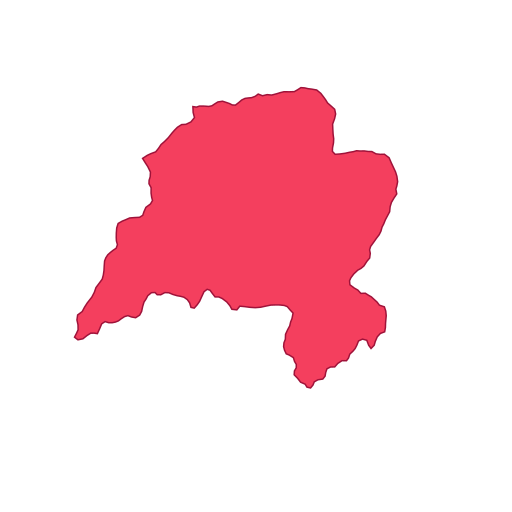 the district of Padre Paraíso, Minas Gerais, Brazil, rotated 35°
{"feature_id": "56859067B96188425164132", "entity_name": "Padre Paraíso", "entity_type": "district", "adm_level": 2, "iso_a3": "BRA", "parent_name": "Brazil", "parent_adm1": "Minas Gerais", "projection": "natural_earth1", "projection_center": [-41.547, -17.06], "detail": "fine", "context": "isolated", "style": "filled", "palette": "rose", "viewbox_px": 512, "rotation_deg": 35, "n_neighbors": 0, "source": "geoboundaries", "source_scale": "gbopen_adm2", "svg_char_len": 3609}
<svg xmlns="http://www.w3.org/2000/svg" viewBox="0 0 512 512"><g transform="rotate(35 256 256)"><path d="M118.6,169.8L122.2,174.5L126.2,177.9L125.8,183.5L123.1,188.3L119.7,191.0L117.8,195.6L117.1,199.7L116.7,203.2L116.3,209.5L115.4,214.7L114.3,219.1L114.4,223.6L114.1,228.2L111.2,232.4L109.2,235.9L107.1,241.1L112.0,243.2L116.0,244.8L121.4,247.8L123.9,251.8L125.0,255.3L126.9,258.2L130.9,260.2L134.0,264.7L136.8,267.7L139.4,269.9L139.7,273.9L137.9,279.3L138.9,284.3L139.9,287.6L138.4,291.1L134.3,294.3L130.7,297.3L128.4,301.1L126.4,304.2L124.4,308.4L125.8,312.9L128.4,317.3L130.9,321.0L133.0,323.7L136.0,326.2L137.0,329.8L135.7,333.2L134.7,336.5L133.9,340.0L134.0,343.5L134.8,346.9L137.3,351.1L139.8,355.1L141.9,359.3L143.3,363.2L143.2,367.6L143.0,373.6L144.4,378.5L145.1,383.8L144.7,391.3L144.9,396.3L145.5,401.2L143.7,406.6L146.0,411.1L149.7,414.5L152.6,418.5L153.3,422.2L153.9,426.6L158.2,426.8L161.7,423.1L163.2,418.0L164.9,414.0L167.7,412.0L170.6,410.6L169.7,405.6L168.5,400.1L170.0,396.3L173.7,395.1L176.6,393.0L178.7,390.8L180.5,388.1L181.6,384.7L183.1,381.0L185.3,378.3L188.9,377.4L192.8,375.6L194.6,371.2L194.1,367.0L192.1,362.3L190.7,358.0L190.6,354.2L190.1,350.6L191.4,346.0L194.3,343.8L197.2,344.4L200.2,342.4L202.3,338.3L205.7,336.1L209.9,335.2L214.1,333.8L217.3,332.3L220.6,331.1L224.8,331.1L228.6,332.5L232.2,335.4L235.3,334.1L235.8,329.8L235.8,325.5L234.9,320.7L233.9,315.1L235.1,311.3L238.0,310.4L241.4,311.6L245.9,313.0L249.0,310.9L252.7,310.2L258.4,310.4L263.1,311.7L266.8,313.5L271.2,311.1L271.5,306.4L275.7,304.0L280.5,301.5L285.1,298.7L289.2,295.3L292.6,291.6L296.3,287.7L299.9,285.0L303.5,282.5L307.5,280.3L310.7,279.5L314.8,280.6L319.1,281.5L321.4,286.7L322.2,290.2L323.7,293.9L324.2,298.2L325.1,303.2L327.8,307.4L328.7,311.1L330.6,314.4L333.4,316.8L336.9,318.8L339.9,318.1L344.9,317.8L348.1,320.3L351.2,321.7L353.1,324.5L353.4,328.1L355.4,331.4L360.2,332.3L364.9,333.8L369.8,332.8L373.0,334.2L376.4,332.8L376.7,329.0L375.9,325.7L377.7,321.9L381.3,318.5L381.5,314.8L379.9,311.4L378.8,307.7L380.7,304.2L384.1,301.7L384.6,297.1L386.5,292.4L390.2,289.9L390.3,286.5L389.1,282.6L390.0,278.4L390.3,275.0L389.8,271.4L388.7,266.8L390.9,263.0L395.1,261.5L399.5,264.5L403.3,265.8L404.0,261.3L402.7,257.5L401.7,252.7L402.3,248.1L404.9,244.3L403.0,240.3L400.7,236.8L398.9,233.7L396.9,230.2L393.9,226.7L390.3,224.0L385.3,225.5L381.6,224.3L377.6,223.8L373.9,223.3L370.9,223.6L366.9,223.8L363.3,226.5L359.0,225.5L354.8,225.9L349.4,225.7L346.8,222.6L346.2,219.3L346.4,214.5L347.5,209.2L349.1,206.0L350.1,202.3L349.9,196.8L350.3,192.5L348.1,188.3L345.5,185.8L344.4,182.4L344.5,176.6L344.5,172.2L344.7,168.0L344.1,164.0L342.7,160.1L342.2,156.4L341.2,152.1L340.1,143.1L337.6,138.7L336.2,134.4L335.8,129.5L335.7,124.4L332.2,121.0L331.2,117.9L329.4,113.9L325.7,109.9L322.1,107.1L318.3,104.9L313.4,102.1L308.7,99.2L302.8,99.0L299.4,101.5L295.7,103.5L291.0,104.0L287.8,106.1L284.5,107.8L280.9,110.4L278.0,112.1L275.8,114.8L273.1,117.4L270.1,120.7L266.2,124.3L262.5,127.3L258.6,126.5L256.7,123.6L254.6,118.9L252.4,115.4L249.3,112.0L246.3,108.2L243.1,104.0L241.6,98.4L239.8,94.0L236.3,90.7L231.6,90.1L226.9,89.6L223.4,88.1L219.9,86.9L215.8,85.6L210.5,85.2L206.0,87.3L202.6,89.1L199.6,90.3L196.2,92.3L194.8,95.8L193.1,99.4L189.1,102.4L184.7,105.4L182.3,108.1L179.9,111.2L176.5,115.2L172.6,117.4L169.4,121.0L164.9,122.1L163.8,125.6L161.6,128.8L159.0,131.0L156.6,133.2L154.8,136.4L153.9,140.0L152.6,144.2L149.9,145.9L146.9,146.3L144.1,147.1L139.8,148.4L136.4,151.7L134.9,155.2L133.7,158.3L131.5,160.6L127.8,162.8L123.7,165.6L121.8,168.2L118.6,169.8Z" fill="#f43f5e" stroke="#9f1239" stroke-width="1.5"/></g></svg>